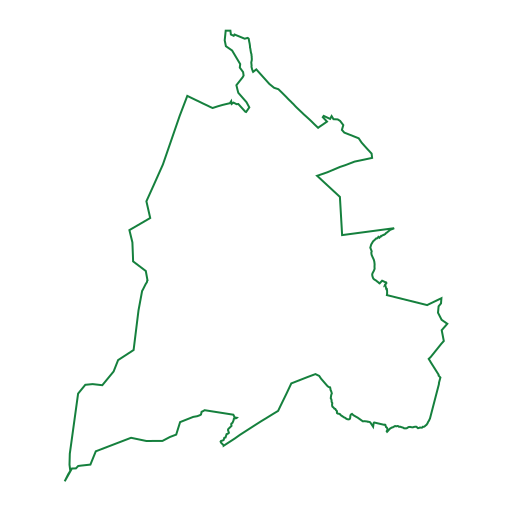 San Juan Bautista Valle Nacional, Oaxaca, Mexico (Robinson projection)
{"feature_id": "50627088B61539725949690", "entity_name": "San Juan Bautista Valle Nacional", "entity_type": "district", "adm_level": 2, "iso_a3": "MEX", "parent_name": "Mexico", "parent_adm1": "Oaxaca", "projection": "robinson", "projection_center": [-96.283, 17.82], "detail": "fine", "context": "isolated", "style": "outline", "palette": "green", "viewbox_px": 512, "rotation_deg": 0, "n_neighbors": 0, "source": "geoboundaries", "source_scale": "gbopen_adm2", "svg_char_len": 5915}
<svg xmlns="http://www.w3.org/2000/svg" viewBox="0 0 512 512"><path d="M441.4,298.2L428.3,304.5L427.2,305.1L386.9,295.1L387.0,294.5L387.1,293.4L387.1,291.0L387.1,290.9L386.8,289.0L386.3,289.1L385.2,284.9L384.9,285.1L385.1,284.5L385.8,284.0L386.0,283.4L386.4,283.0L386.0,282.3L384.8,282.0L384.4,281.8L384.2,281.7L383.9,281.5L382.1,280.7L379.6,283.4L379.2,283.2L378.3,282.3L377.3,281.6L376.3,280.7L374.2,279.4L373.6,278.9L373.0,277.9L372.6,276.7L372.3,275.6L372.2,274.2L372.7,272.9L373.8,270.9L374.2,269.9L374.6,268.8L374.5,266.8L374.6,264.2L374.3,261.6L373.8,259.7L372.5,256.9L371.6,254.8L371.3,252.8L371.7,251.3L370.3,247.7L371.2,244.5L372.4,242.5L373.1,241.3L374.7,239.9L376.2,238.4L376.8,238.5L378.0,237.6L378.4,236.9L379.4,237.7L380.2,236.8L380.8,236.3L381.2,236.3L381.3,235.9L381.6,235.9L383.2,235.0L383.9,234.7L384.0,234.8L384.3,234.6L384.6,234.4L385.2,234.1L385.4,233.9L385.8,233.3L386.0,233.1L387.0,232.5L387.2,232.3L387.9,231.7L389.0,230.8L390.1,229.9L390.5,229.7L393.2,228.7L393.6,228.5L394.1,228.2L342.1,235.1L341.7,227.7L339.9,196.9L317.1,175.8L327.3,172.3L339.8,167.0L345.2,165.2L354.6,161.6L364.2,159.6L372.1,157.9L371.6,153.6L367.7,149.4L364.8,146.2L361.6,142.6L358.7,138.3L344.3,132.6L341.9,129.9L343.3,125.1L340.1,120.9L337.7,119.4L333.5,119.2L331.6,116.1L330.1,118.9L323.7,115.9L322.8,117.2L325.2,119.7L327.0,121.6L323.0,124.4L319.0,127.1L318.1,127.8L314.5,124.4L313.6,123.5L311.4,121.3L309.5,119.5L306.2,116.5L303.6,114.2L302.5,113.1L298.6,109.4L296.8,107.7L295.4,106.3L293.3,104.0L291.8,102.6L291.0,101.7L289.5,100.3L287.8,98.6L286.4,97.1L283.0,93.7L281.8,92.5L278.4,89.2L274.1,87.8L269.3,83.9L256.3,69.4L253.1,71.9L252.7,71.1L252.6,70.5L252.3,69.9L252.1,69.3L251.9,68.6L251.8,68.0L251.6,67.4L251.5,66.7L251.5,66.1L251.6,65.4L251.5,64.7L251.4,63.9L251.4,63.5L251.3,63.0L251.3,62.2L251.5,61.4L251.7,60.5L251.8,59.6L251.8,58.6L251.7,57.7L251.7,56.4L251.5,55.5L251.5,54.6L251.3,53.7L251.0,52.8L250.8,51.7L250.6,50.4L250.5,50.0L250.5,49.5L250.3,48.5L250.0,47.4L250.0,46.1L249.8,44.8L249.7,44.0L249.6,43.5L249.2,41.6L248.7,38.7L247.7,37.9L244.7,38.7L234.5,34.5L233.7,35.8L230.9,34.5L230.4,30.7L225.7,30.7L224.7,40.3L225.9,46.2L232.1,50.5L240.2,64.1L239.8,67.6L243.1,72.1L243.6,75.5L242.7,77.2L236.4,85.2L237.5,89.8L238.3,92.8L246.5,102.2L249.3,107.4L246.1,112.0L245.3,111.7L238.3,104.0L236.6,104.2L233.5,102.6L231.7,103.9L231.2,101.2L229.9,103.2L227.3,103.8L222.7,104.9L219.9,105.7L217.8,106.3L212.6,108.0L210.1,106.9L207.7,105.7L203.0,103.5L197.3,100.7L197.2,100.7L187.3,95.9L179.7,115.8L162.9,164.5L153.8,184.9L146.4,201.3L150.2,218.0L129.4,230.1L132.4,242.4L132.9,255.2L133.1,261.4L145.8,271.0L147.5,280.4L147.2,280.6L146.9,282.2L145.9,283.7L145.5,284.4L143.0,289.4L142.1,291.0L138.5,310.4L133.6,350.0L118.1,360.1L113.6,371.5L102.3,385.2L92.6,384.1L85.3,384.8L78.1,393.6L69.8,453.7L69.5,464.7L70.3,470.9L68.2,474.3L64.7,481.3L69.4,473.0L71.9,468.5L75.9,468.4L78.2,466.0L81.1,465.6L90.4,464.6L95.8,451.3L130.5,438.0L131.1,437.8L146.4,441.0L162.5,440.9L169.9,437.0L176.2,434.6L180.1,422.1L193.2,416.9L197.2,416.2L199.9,415.2L201.0,414.5L201.6,411.8L203.3,411.0L204.6,410.2L223.2,413.1L233.3,414.7L233.8,415.6L234.7,417.5L236.8,417.8L236.5,418.1L233.9,418.6L233.5,420.5L232.5,422.8L231.4,423.6L231.2,424.3L231.4,425.0L231.5,425.9L228.4,428.9L228.1,429.4L228.0,430.1L228.9,432.8L227.7,433.8L226.6,434.1L225.5,437.5L224.3,437.8L223.9,439.2L223.6,440.0L222.5,440.6L221.1,440.9L220.6,441.6L221.0,442.6L223.7,445.4L223.7,445.7L234.8,438.5L240.0,434.8L256.0,424.5L261.2,421.2L265.0,418.9L265.7,418.5L266.8,417.8L273.6,413.6L278.1,410.9L280.3,406.3L282.1,402.6L286.5,393.6L291.3,383.4L300.5,379.8L307.4,377.1L315.4,374.1L319.2,375.9L321.0,378.6L327.3,385.9L328.5,386.9L329.6,387.3L330.0,387.3L330.3,388.1L330.4,388.8L330.6,390.1L331.0,390.7L331.2,391.5L331.5,392.1L331.8,393.6L331.6,393.9L331.4,394.4L331.2,395.1L331.1,395.7L331.0,396.5L330.9,397.1L330.8,397.9L330.8,398.5L331.2,399.0L331.5,399.9L331.6,401.0L331.6,401.8L331.9,402.4L332.3,403.1L332.1,404.2L332.1,405.2L332.2,406.0L332.6,406.9L333.3,407.3L333.8,407.9L334.4,408.7L335.3,408.9L335.6,409.4L336.0,410.2L336.8,410.9L337.0,411.8L336.9,412.7L337.1,413.2L337.8,413.6L338.3,413.7L339.2,413.8L339.6,414.1L340.2,414.3L340.5,414.9L341.4,415.7L342.0,415.9L342.3,416.3L342.8,416.5L343.9,417.3L345.5,418.0L345.9,418.5L346.8,419.0L347.3,419.2L347.9,419.3L348.7,419.4L349.6,419.1L350.0,418.5L350.2,417.7L350.3,416.3L350.5,415.2L351.1,414.4L352.0,413.9L352.7,414.6L353.7,415.4L356.3,416.9L357.6,417.6L362.8,421.3L363.3,421.3L363.9,421.2L364.5,421.2L367.3,421.5L367.8,421.8L368.3,421.7L368.9,421.9L369.7,422.0L370.2,422.4L370.6,422.9L371.2,423.8L373.1,426.7L373.7,423.0L374.2,422.5L384.1,424.8L384.8,424.6L385.3,424.8L385.4,425.4L385.8,426.2L386.0,427.0L386.4,427.2L387.0,427.9L387.3,428.5L387.4,429.1L387.4,429.9L387.1,430.5L386.7,431.2L387.1,431.8L387.6,431.3L388.2,430.6L388.7,430.0L389.6,429.1L390.1,428.5L390.9,428.1L391.5,427.7L391.9,427.5L392.7,427.4L393.6,426.8L394.3,426.5L395.1,426.0L395.6,426.2L396.4,426.3L397.1,426.1L397.8,426.0L398.6,426.4L399.0,426.8L400.2,426.7L401.0,427.0L401.5,427.2L402.3,427.4L403.2,427.7L403.7,428.0L404.1,428.3L405.4,428.3L406.0,428.4L407.0,428.1L407.6,427.7L408.3,427.2L408.9,427.0L410.1,426.9L410.8,427.1L411.4,427.2L412.3,427.3L413.0,427.3L413.5,427.1L414.1,426.9L415.5,426.7L416.5,426.8L417.0,427.3L417.6,427.9L418.0,428.2L419.1,427.9L420.0,427.5L421.1,427.7L422.1,427.6L422.8,426.8L423.1,426.9L423.7,426.8L424.3,426.6L424.7,426.3L425.2,425.9L425.6,425.4L426.2,425.1L426.6,424.7L426.9,424.2L427.3,423.7L427.6,423.2L427.8,422.5L428.1,422.0L428.4,421.5L428.7,421.0L429.1,420.5L429.2,420.0L429.5,419.5L429.7,419.0L430.0,418.5L430.0,418.4L439.0,383.8L438.9,383.1L440.4,377.5L438.6,375.6L438.6,374.7L430.7,362.2L430.1,361.1L428.7,358.9L430.7,357.0L440.5,344.8L441.3,343.8L443.8,341.0L441.7,330.2L447.3,323.8L441.6,319.8L438.0,312.7L438.6,306.3L441.0,303.4L441.4,298.2Z" fill="none" stroke="#15803d" stroke-width="2"/></svg>